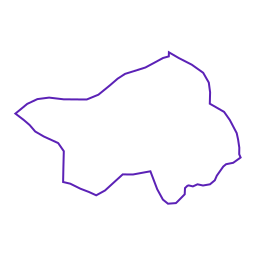 Pukchong, Hamgyŏng-namdo, North Korea
{"feature_id": "82179303B88623362081426", "entity_name": "Pukchong", "entity_type": "district", "adm_level": 2, "iso_a3": "PRK", "parent_name": "North Korea", "parent_adm1": "Hamgyŏng-namdo", "projection": "equal_earth", "projection_center": [128.374, 40.231], "detail": "fine", "context": "isolated", "style": "outline", "palette": "violet", "viewbox_px": 256, "rotation_deg": 0, "n_neighbors": 0, "source": "geoboundaries", "source_scale": "gbopen_adm2", "svg_char_len": 902}
<svg xmlns="http://www.w3.org/2000/svg" viewBox="0 0 256 256"><path d="M63.1,182.0L70.3,183.7L80.4,188.7L89.0,192.0L96.2,195.3L105.0,190.5L113.9,182.4L122.7,174.4L132.9,174.5L141.6,172.9L150.4,171.3L157.2,189.2L162.9,199.6L168.0,203.7L175.9,203.1L177.2,201.9L184.7,194.3L185.0,188.1L187.4,185.8L188.7,185.4L192.9,186.4L197.5,184.3L203.0,185.5L210.0,184.3L214.8,180.3L216.8,175.7L223.3,166.5L226.1,164.2L229.1,163.6L233.2,162.8L240.6,157.5L239.2,154.2L239.3,147.7L238.1,139.6L236.7,133.1L229.8,120.0L224.1,111.9L209.8,103.7L210.1,92.3L208.8,82.6L203.2,72.8L191.8,64.7L178.9,58.1L168.9,52.3L168.8,56.4L163.0,58.0L154.2,62.8L145.4,67.5L135.2,70.7L125.0,73.9L117.6,78.7L110.2,85.1L98.4,94.7L86.7,99.5L73.7,99.4L63.5,99.3L49.1,97.6L37.4,99.1L27.2,103.9L15.4,113.6L23.9,120.1L29.6,125.0L35.2,131.5L43.8,136.5L58.2,143.1L63.8,151.2L63.4,167.4L63.1,182.0Z" fill="none" stroke="#5b21b6" stroke-width="2"/></svg>